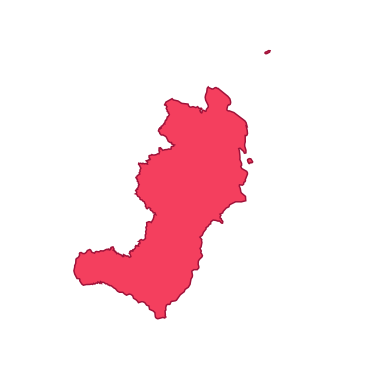 Thung Wa, Satun, Thailand (Robinson projection), rotated 146°
{"feature_id": "78962969B89746829348507", "entity_name": "Thung Wa", "entity_type": "district", "adm_level": 2, "iso_a3": "THA", "parent_name": "Thailand", "parent_adm1": "Satun", "projection": "robinson", "projection_center": [99.848, 7.08], "detail": "fine", "context": "isolated", "style": "filled", "palette": "rose", "viewbox_px": 384, "rotation_deg": 146, "n_neighbors": 0, "source": "geoboundaries", "source_scale": "gbopen_adm2", "svg_char_len": 6152}
<svg xmlns="http://www.w3.org/2000/svg" viewBox="0 0 384 384"><g transform="rotate(146 192 192)"><path d="M335.7,184.6L333.8,182.9L333.9,182.2L334.7,181.2L334.8,178.3L334.8,177.3L334.2,175.5L331.4,174.4L328.4,172.5L326.6,171.7L326.0,170.9L324.6,171.2L324.4,170.4L323.8,170.0L322.9,170.2L321.7,169.8L321.4,169.3L320.3,170.0L319.5,167.9L319.0,168.3L318.7,167.8L318.7,168.3L318.0,168.9L317.3,167.2L316.9,167.4L315.6,166.3L314.9,164.1L314.1,163.7L313.5,162.8L313.5,161.9L312.8,161.2L312.5,160.3L311.4,159.6L310.2,155.6L309.6,154.8L309.2,151.4L308.2,149.5L305.4,147.5L305.0,145.4L304.0,143.1L301.1,142.5L299.8,141.1L299.2,139.0L299.9,136.6L298.7,134.1L298.2,131.9L298.3,130.2L295.2,129.3L294.0,128.4L293.0,126.7L292.9,123.6L291.5,121.6L292.8,118.5L290.7,115.1L290.2,112.8L292.2,109.0L292.3,108.1L291.8,106.7L291.2,106.0L286.3,104.3L285.1,102.9L284.8,103.3L283.6,103.0L283.2,104.8L282.7,105.2L280.9,108.4L279.6,108.8L278.5,110.8L276.5,112.5L274.7,112.4L274.0,111.6L273.0,111.3L270.9,112.7L270.0,112.7L266.8,111.2L265.4,111.0L259.1,113.4L254.2,113.7L252.2,115.1L248.3,115.1L245.3,116.5L241.5,120.4L239.2,121.5L238.1,122.8L236.6,126.3L236.1,126.5L233.9,126.6L231.1,124.7L228.8,125.3L228.1,126.3L227.3,128.7L225.3,131.2L223.4,132.0L220.1,132.6L219.0,133.3L218.6,135.1L218.7,136.7L217.3,137.9L216.9,140.8L215.2,141.4L212.0,144.6L211.3,146.4L210.5,147.1L210.7,150.2L207.7,150.4L205.0,152.2L201.0,153.5L200.2,154.7L198.1,154.5L195.6,155.5L194.4,155.1L193.0,156.8L190.1,156.9L188.0,155.0L186.7,153.3L185.4,152.5L185.1,150.5L184.6,149.3L184.1,149.1L183.0,150.2L182.9,151.1L183.2,151.8L182.7,153.7L183.2,154.5L182.7,155.7L181.1,156.5L181.2,158.0L178.3,157.5L176.9,158.5L172.5,159.6L169.8,159.1L167.8,160.4L161.3,159.5L156.5,156.2L152.3,154.7L150.1,158.5L151.6,163.6L151.4,164.9L150.0,168.0L149.5,170.5L148.6,171.4L146.4,169.5L144.9,169.6L143.6,171.0L142.4,170.9L141.4,171.4L141.1,172.3L136.0,175.8L135.3,176.9L135.1,178.5L137.6,183.6L137.3,185.9L135.9,186.4L134.9,188.0L134.1,192.5L133.3,193.2L131.7,195.9L129.6,199.8L129.0,201.9L127.7,201.5L126.5,196.7L126.9,195.1L126.6,194.6L125.4,194.3L123.9,196.5L122.7,200.5L121.5,202.3L119.8,203.8L116.3,209.1L115.5,208.4L114.7,208.4L113.3,209.4L111.8,212.2L110.2,216.4L109.7,215.5L108.4,219.2L108.4,221.4L112.8,234.4L115.6,238.3L116.6,238.9L117.2,240.5L116.8,241.2L114.2,243.5L112.9,243.9L112.6,243.4L111.4,243.3L110.1,244.3L109.3,245.7L108.5,248.1L108.8,251.3L112.5,263.4L112.8,263.5L112.5,263.0L112.9,263.5L113.7,265.2L114.7,265.6L116.7,265.6L117.8,266.2L119.8,269.3L119.8,270.0L121.4,269.5L124.0,266.5L126.4,264.9L128.1,263.2L129.3,260.5L130.1,254.9L131.0,253.3L133.7,252.5L135.2,251.2L135.8,251.4L136.7,253.3L137.4,253.7L138.5,253.3L139.3,252.2L139.8,252.2L140.3,253.1L139.9,255.1L139.4,255.4L137.7,255.1L137.3,255.6L137.4,256.2L139.4,257.4L139.6,259.6L141.6,259.8L143.4,262.2L145.6,263.0L146.2,263.6L146.6,265.4L146.1,267.1L151.0,271.3L152.7,275.3L156.0,278.8L156.3,280.5L163.2,281.1L166.0,279.6L165.8,279.0L164.9,278.5L165.2,277.7L165.1,276.6L166.6,275.8L166.8,274.3L166.6,273.8L167.5,272.7L166.9,271.2L167.5,270.7L167.3,269.8L167.5,268.8L169.9,267.8L170.4,268.1L172.9,266.0L173.5,266.3L174.6,265.8L175.5,264.8L176.6,264.5L176.6,264.0L177.0,264.3L179.6,263.4L180.5,263.7L181.5,263.2L181.6,262.5L182.2,262.7L182.2,262.3L182.7,262.4L183.0,262.9L183.4,262.2L184.1,262.7L185.7,261.4L185.5,260.0L185.9,258.4L185.7,256.7L185.1,256.0L184.2,255.6L182.8,252.9L182.6,251.8L183.3,247.2L182.2,244.9L181.3,244.5L181.9,243.0L180.4,240.9L181.2,241.0L181.6,240.3L183.7,241.1L184.4,240.6L185.2,239.4L186.4,239.8L187.2,240.7L188.8,241.1L190.7,242.2L193.0,242.9L193.1,244.9L193.8,245.3L193.3,246.3L194.6,246.9L196.4,244.5L196.3,243.6L198.0,242.2L198.8,242.8L200.8,243.0L202.5,243.7L203.8,244.6L204.4,245.5L204.9,245.3L207.2,246.1L208.2,244.9L208.2,243.3L209.0,243.1L208.8,242.4L212.5,243.4L212.0,241.6L213.0,241.1L213.3,240.1L214.8,241.7L215.9,242.1L216.6,243.3L217.4,243.2L218.7,244.7L219.8,245.1L220.1,245.6L220.4,245.3L220.3,244.9L220.8,244.7L220.6,243.6L221.1,240.3L223.0,239.2L223.3,238.2L225.1,237.4L225.2,236.1L228.3,236.1L229.2,235.4L230.3,235.5L230.5,234.6L230.2,233.3L230.5,233.2L230.4,232.5L231.3,231.6L230.9,230.3L231.6,229.3L231.7,227.6L232.6,227.5L233.4,226.4L234.6,225.7L235.7,225.5L235.7,224.7L237.1,225.0L238.0,224.6L237.7,223.5L238.2,222.4L239.1,221.9L239.8,222.0L239.1,221.1L239.4,218.8L238.8,218.0L238.4,216.3L239.1,215.2L238.9,214.5L237.8,213.2L237.8,211.9L237.0,210.5L237.4,209.2L237.5,207.3L238.6,206.3L238.5,205.6L238.9,203.8L238.4,203.1L236.5,203.4L236.0,202.5L235.7,201.3L236.4,201.0L236.5,200.1L235.5,197.9L235.8,196.3L234.4,195.6L234.7,193.6L235.2,194.3L236.5,194.1L237.4,192.8L239.5,191.1L242.9,189.5L243.3,190.5L244.3,191.5L246.7,192.0L248.6,188.9L249.9,188.6L250.9,186.2L252.5,185.2L253.5,183.1L254.7,182.6L256.6,179.5L259.1,179.2L259.9,179.7L260.7,181.0L262.6,181.1L263.0,180.5L263.8,180.7L263.5,180.2L263.5,178.9L264.1,178.4L265.0,178.9L266.3,178.1L266.6,177.1L268.5,179.0L269.1,178.4L269.5,178.5L270.3,177.2L272.2,176.8L273.1,177.2L273.2,176.8L273.8,176.8L273.9,176.2L274.7,176.4L275.3,177.4L276.8,177.4L276.9,176.7L278.3,176.3L278.1,174.8L278.8,172.6L280.4,172.8L280.9,174.9L282.0,175.3L283.8,178.5L284.8,177.7L284.8,176.8L285.5,177.1L286.0,179.8L287.2,181.2L287.3,182.3L287.7,182.8L288.8,182.9L288.6,184.5L289.0,184.7L288.7,185.5L289.2,185.6L289.4,186.6L289.1,187.1L289.5,187.5L289.1,187.5L289.3,188.1L288.5,188.5L288.2,190.7L289.9,191.3L290.5,191.1L290.4,190.7L291.0,190.3L291.6,190.5L291.8,190.0L292.6,189.9L293.1,191.1L293.5,191.1L293.5,191.6L294.2,191.5L295.0,192.3L298.5,192.7L300.7,194.4L302.5,194.4L304.7,196.3L305.6,196.4L307.0,195.8L308.7,197.9L308.5,200.6L308.9,201.5L311.5,202.0L313.4,201.1L315.4,201.0L316.8,201.9L317.8,203.9L319.0,204.3L319.8,203.9L320.5,202.5L322.1,201.6L323.7,201.3L324.9,201.5L325.8,201.1L328.4,197.8L330.6,196.4L331.1,195.5L334.0,192.7L335.1,189.6L335.7,184.6ZM126.1,182.8L125.2,182.8L124.8,183.2L124.7,186.6L125.9,187.7L127.7,187.8L128.3,187.1L128.8,185.4L128.8,183.8L128.3,183.4L127.1,183.8L126.1,182.8ZM52.6,264.9L49.5,264.6L48.3,265.5L49.5,266.4L51.7,266.5L52.9,266.9L53.8,266.5L53.6,265.5L52.6,264.9Z" fill="#f43f5e" stroke="#9f1239" stroke-width="1.5"/></g></svg>